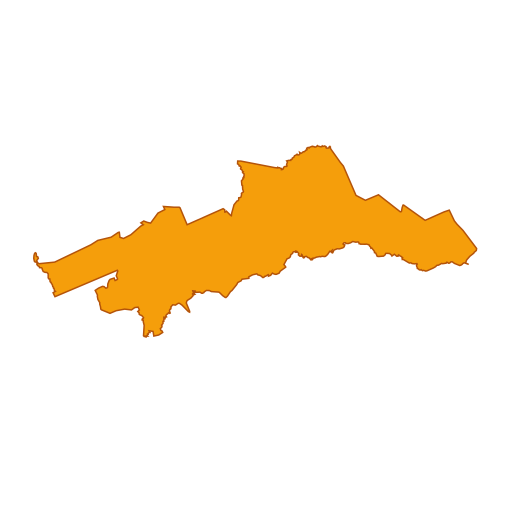 the district of Muhoroni, Nyanza, Kenya, rotated 336°
{"feature_id": "3690345B3784519095047", "entity_name": "Muhoroni", "entity_type": "district", "adm_level": 2, "iso_a3": "KEN", "parent_name": "Kenya", "parent_adm1": "Nyanza", "projection": "orthographic", "projection_center": [35.071, -0.126], "detail": "fine", "context": "isolated", "style": "filled", "palette": "amber", "viewbox_px": 512, "rotation_deg": 336, "n_neighbors": 0, "source": "geoboundaries", "source_scale": "gbopen_adm2", "svg_char_len": 6115}
<svg xmlns="http://www.w3.org/2000/svg" viewBox="0 0 512 512"><g transform="rotate(336 256 256)"><path d="M446.9,350.2L444.6,347.6L446.8,345.3L451.3,343.2L456.1,342.0L456.8,341.4L459.5,340.6L460.6,338.9L455.5,316.8L452.6,308.9L451.5,304.6L451.2,292.7L445.8,292.2L425.0,292.2L411.6,269.5L411.0,269.3L409.2,271.2L407.1,274.3L406.3,274.6L405.6,274.0L392.8,249.9L378.6,249.6L372.0,241.3L372.4,209.4L371.1,204.8L367.9,189.0L367.8,187.3L368.3,186.8L368.1,185.9L367.5,185.9L366.5,186.8L365.9,186.8L364.3,186.1L364.0,185.5L364.5,184.7L363.5,183.4L361.7,183.1L361.3,182.3L360.6,182.8L359.8,182.7L357.3,180.8L357.0,180.1L355.5,180.7L354.1,180.5L353.3,179.4L352.5,179.3L352.1,178.6L349.0,178.5L348.4,178.9L347.8,178.0L346.1,178.2L345.9,179.6L345.4,179.8L344.8,179.5L342.7,180.4L341.5,180.0L339.4,180.6L338.8,180.4L338.0,179.1L337.7,180.5L336.3,181.1L335.1,180.5L334.9,179.7L333.9,180.0L331.9,180.1L330.8,181.1L328.9,181.4L328.6,182.0L328.0,182.3L327.1,182.1L326.6,182.8L324.8,181.9L322.7,181.6L323.0,182.9L321.2,184.8L321.0,186.2L320.5,186.7L319.0,186.0L318.1,186.0L317.2,186.3L316.4,187.5L315.0,187.7L314.5,187.5L315.1,186.9L314.8,186.3L314.2,186.1L313.4,184.9L312.2,184.5L312.0,183.8L311.3,184.2L308.8,182.7L280.7,163.1L277.9,161.8L276.6,164.3L277.4,165.5L277.3,167.1L278.1,167.2L278.4,168.1L278.4,169.1L277.6,169.5L277.3,170.3L278.1,171.4L278.2,173.1L278.6,173.8L277.8,174.0L277.9,174.7L278.0,175.4L278.5,176.1L277.8,177.9L277.1,178.2L277.1,179.0L276.6,179.6L275.7,179.4L275.3,180.5L273.3,181.4L271.9,185.5L272.3,186.1L271.0,189.6L270.8,192.0L270.4,192.4L268.8,192.6L268.0,193.1L267.8,194.0L266.3,196.0L265.6,196.2L263.9,195.8L262.9,197.8L262.0,198.2L261.1,198.0L256.8,200.2L251.0,207.3L249.9,209.2L249.4,208.7L247.2,203.0L246.0,203.4L245.4,203.2L246.2,201.0L245.2,199.4L205.8,199.4L206.2,181.0L205.7,180.2L200.6,177.9L191.6,173.1L191.6,176.5L183.9,176.9L173.1,183.1L170.3,181.0L167.7,178.4L164.3,178.9L165.8,181.6L162.9,181.8L150.3,185.7L142.1,186.1L139.3,183.6L140.8,178.7L139.8,178.4L131.3,179.9L117.8,177.4L109.7,178.6L69.6,179.7L54.7,174.8L53.9,173.6L53.6,171.1L56.2,169.6L56.3,167.9L55.3,167.2L56.2,164.4L56.0,163.4L55.1,163.4L54.6,163.8L53.4,165.2L52.0,167.8L51.4,170.6L51.6,171.4L52.7,172.3L52.9,172.9L52.9,174.3L52.4,174.6L52.6,175.9L53.7,177.5L53.5,178.6L55.3,179.5L55.6,180.4L55.3,181.1L55.3,183.6L56.6,185.1L58.3,186.0L58.9,187.7L57.3,191.4L57.3,192.5L58.3,193.1L57.5,195.5L57.6,196.3L58.1,196.7L57.9,198.0L58.3,199.1L57.9,201.3L58.3,202.2L57.9,203.0L58.3,203.6L57.8,205.6L58.4,206.7L55.7,207.0L55.8,211.4L123.5,212.6L123.6,213.5L120.3,217.2L120.3,220.1L120.1,220.8L119.2,221.1L117.3,221.1L117.4,218.4L113.2,218.0L111.9,218.6L109.3,221.2L107.8,224.0L106.9,224.5L105.7,224.3L104.7,222.1L103.4,221.3L99.2,221.3L95.1,222.0L95.3,227.1L94.6,228.4L93.9,231.5L94.3,235.1L93.7,236.3L93.3,239.1L92.6,241.4L92.9,242.3L99.3,249.0L106.0,249.1L114.4,251.1L120.3,254.6L124.3,253.8L127.5,254.8L127.5,257.9L125.4,258.6L126.1,260.4L125.6,261.6L126.1,262.6L127.4,263.9L128.2,266.6L127.7,267.1L126.4,267.3L125.9,268.1L126.9,268.9L126.3,270.1L125.6,273.9L120.8,283.1L121.1,284.0L122.0,284.0L122.0,284.8L122.8,285.3L123.4,284.6L124.2,285.0L123.9,284.4L124.8,284.1L125.0,283.3L125.7,283.6L125.8,283.0L127.3,282.4L128.0,282.7L127.9,280.8L131.3,283.0L130.1,287.6L135.0,288.6L139.7,287.9L139.7,286.3L138.8,285.2L139.1,283.3L140.7,282.9L141.7,281.7L141.6,280.7L143.6,279.8L144.4,277.9L145.2,278.2L146.1,276.2L147.3,276.4L147.7,275.8L146.7,275.0L146.9,274.4L148.7,275.2L149.5,275.2L149.2,274.1L150.6,273.0L151.6,273.0L153.0,272.3L153.8,273.3L154.4,273.2L154.6,270.9L155.6,269.7L156.4,269.8L157.3,268.8L157.5,267.9L160.1,266.7L162.5,268.1L165.4,267.6L166.4,267.8L167.1,268.5L168.5,270.9L171.6,279.3L172.5,280.3L172.9,279.6L173.2,270.6L174.5,269.0L175.4,268.6L179.3,268.0L182.3,266.7L182.5,266.1L184.6,266.1L184.3,265.6L183.0,265.4L182.6,264.8L183.3,264.4L184.2,264.7L184.9,264.5L184.0,262.8L184.1,262.1L186.3,263.4L186.0,264.2L186.4,264.8L190.1,266.2L191.2,267.9L192.0,268.3L193.6,268.2L194.1,267.7L196.7,267.3L199.4,268.6L200.7,270.3L207.2,273.8L207.7,274.3L209.4,278.6L211.0,281.3L211.6,281.7L213.5,281.1L218.1,278.2L220.1,277.7L226.7,274.3L228.6,272.8L232.3,272.6L233.7,271.5L240.4,273.5L241.0,272.1L245.3,271.8L249.5,272.6L249.9,273.9L252.1,275.7L253.5,278.5L254.4,278.7L255.8,278.1L256.4,278.4L259.6,278.0L259.8,278.8L259.3,279.5L261.5,279.6L264.0,278.3L265.2,279.8L266.4,280.7L267.2,281.0L270.1,281.1L272.0,279.7L278.6,278.3L278.7,277.7L278.0,275.2L283.2,271.2L285.4,271.3L287.0,270.7L288.4,268.9L290.5,268.5L290.9,267.8L291.9,267.4L293.0,267.7L293.9,268.9L294.5,269.0L294.6,267.9L295.2,268.4L296.1,271.0L295.2,272.2L296.0,274.0L297.6,274.7L298.3,273.2L298.6,273.7L298.4,276.6L298.9,277.2L299.5,277.0L299.4,276.2L301.9,276.8L302.7,278.4L303.9,279.5L304.5,281.8L305.1,282.1L306.1,282.3L306.9,281.7L306.2,281.1L306.9,281.1L308.8,281.7L310.6,281.6L314.0,282.4L314.5,282.9L316.4,283.2L318.4,284.4L319.4,284.6L321.9,283.8L325.3,281.7L325.8,282.4L327.7,281.8L326.6,283.3L326.9,284.2L327.5,284.2L329.6,282.3L333.1,282.4L335.0,283.4L338.6,283.9L340.2,283.5L341.2,282.5L341.6,281.9L340.7,281.3L340.4,280.4L341.7,279.7L343.1,280.3L343.3,281.1L345.2,282.1L347.7,282.4L350.3,282.1L352.7,283.9L355.0,284.7L355.4,285.3L355.2,286.8L355.9,287.1L356.3,287.7L360.8,289.8L361.5,289.9L363.8,291.7L363.7,292.6L364.3,294.4L364.1,295.7L365.0,295.8L365.9,299.2L366.0,300.5L365.6,301.1L366.6,302.1L366.6,305.6L367.9,306.4L372.5,308.0L374.5,307.4L375.5,306.4L376.7,306.8L379.1,308.1L380.2,310.5L380.2,311.3L383.1,310.7L384.5,313.5L385.8,313.9L386.1,313.2L386.9,313.0L387.1,313.9L388.4,315.4L389.2,317.1L388.6,317.3L388.2,318.7L389.0,318.9L393.2,324.8L394.7,325.2L395.5,326.4L397.5,327.6L399.9,328.4L400.0,329.1L398.9,329.7L398.6,330.6L398.6,332.4L398.3,333.0L398.8,333.4L399.6,335.1L400.6,335.7L401.3,335.6L402.1,337.1L403.3,337.3L404.9,338.8L406.2,339.1L413.0,339.1L415.7,338.8L417.4,338.1L419.1,338.6L422.6,338.3L423.3,338.9L426.8,339.9L427.6,339.3L428.2,339.6L428.8,340.8L430.0,341.2L431.7,340.6L433.0,341.2L434.2,343.4L438.3,347.6L439.8,347.7L440.9,347.5L441.9,347.0L443.5,346.9L446.9,350.2Z" fill="#f59e0b" stroke="#b45309" stroke-width="1.5"/></g></svg>